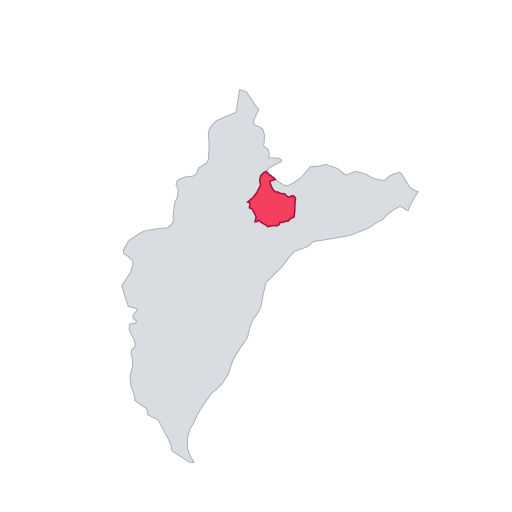 where Cimişlia sits in Moldova, rotated 243°
{"feature_id": "MDA-1633", "entity_name": "Cimişlia", "entity_type": "District", "adm_level": 1, "iso_a3": "MDA", "parent_name": "Moldova", "parent_adm1": "", "projection": "equal_earth", "projection_center": [28.851, 46.62], "detail": "fine", "context": "in_parent", "style": "filled", "palette": "rose", "viewbox_px": 512, "rotation_deg": 243, "n_neighbors": 0, "source": "natural_earth", "source_scale": "10m", "svg_char_len": 2703}
<svg xmlns="http://www.w3.org/2000/svg" viewBox="0 0 512 512"><g transform="rotate(243 256 256)"><path d="M100.4,107.0L102.4,103.1L120.7,92.6L125.4,94.4L134.9,94.8L154.3,94.4L163.9,87.5L169.8,89.4L174.6,86.3L182.6,82.4L183.8,83.2L184.8,83.9L197.1,85.6L206.4,89.4L212.6,95.1L219.0,98.7L225.6,100.1L229.2,103.0L230.0,107.3L236.1,109.5L247.8,109.4L252.7,112.3L250.9,118.1L252.1,120.1L256.3,118.1L259.4,119.8L261.1,124.1L262.9,126.2L268.9,119.4L275.2,120.1L290.3,122.9L298.5,136.9L303.5,142.0L308.0,144.0L313.6,141.8L318.5,139.2L321.4,140.4L327.5,149.8L329.0,162.0L329.0,166.9L326.8,175.2L323.7,184.0L321.3,189.8L322.3,194.4L324.5,198.3L328.2,199.6L340.0,207.4L344.4,212.9L350.8,216.9L355.7,217.1L358.3,219.4L359.2,222.2L358.5,229.2L355.8,235.8L356.2,240.0L360.5,245.0L361.0,250.8L361.3,254.5L363.6,257.4L374.5,263.8L388.7,270.1L392.3,275.4L394.5,282.1L393.9,293.5L393.0,303.4L411.6,316.8L409.5,319.3L406.6,322.0L389.0,324.0L385.4,325.1L377.7,315.1L373.6,313.8L369.9,317.5L365.4,319.6L360.1,318.5L354.4,315.4L351.5,313.2L349.1,313.0L345.6,315.2L340.8,314.2L337.7,311.7L333.2,320.3L330.5,322.1L328.8,321.8L328.4,307.3L327.1,305.1L323.5,304.8L314.9,308.2L306.8,312.7L304.0,316.6L304.3,323.8L305.5,332.3L311.1,345.3L308.0,350.9L305.8,359.9L297.0,368.2L287.1,373.0L286.2,382.9L280.7,389.6L271.2,396.4L264.9,404.5L266.4,410.1L266.8,415.4L265.7,419.0L265.5,421.7L263.0,423.0L248.5,424.0L244.4,425.7L239.7,429.6L235.2,422.2L230.7,415.7L227.4,412.3L228.8,410.7L232.4,408.9L235.0,406.7L234.7,399.0L232.9,390.2L231.1,385.9L231.0,379.3L229.8,368.9L231.6,349.6L238.9,325.5L242.9,313.5L241.0,307.0L242.6,291.7L239.5,284.1L234.7,274.3L227.8,252.9L219.2,245.5L208.5,237.3L204.0,231.1L200.9,224.4L194.6,217.6L187.4,211.5L178.8,196.0L174.3,189.1L172.9,187.2L163.1,177.3L157.9,168.4L155.4,161.1L153.9,154.4L147.1,141.0L140.8,131.0L134.9,123.9L132.2,118.9L125.2,112.5L115.3,107.5L108.8,106.6L100.4,107.0Z" fill="#d9dde1" stroke="#a8b0b8" stroke-width="1"/><path d="M326.8,303.5L325.0,303.5L317.2,307.5L315.5,308.0L315.8,305.6L316.2,302.6L314.6,301.5L308.2,301.2L306.2,301.6L304.3,302.6L303.1,304.5L300.1,306.8L299.2,308.7L297.9,310.1L296.0,310.4L293.4,311.9L293.4,315.1L292.4,317.0L289.3,317.4L285.6,314.8L277.4,310.3L273.5,307.6L273.7,304.2L272.9,301.4L272.4,300.1L273.6,298.5L273.6,296.7L273.8,295.1L274.5,293.9L275.0,292.6L273.5,291.0L273.3,288.5L275.4,284.9L276.7,279.8L279.2,278.8L281.5,277.2L283.9,275.7L286.6,275.0L286.1,272.8L286.9,270.7L290.8,273.9L294.9,274.0L297.0,273.8L299.1,274.1L300.7,272.9L302.1,272.0L305.1,274.3L305.6,274.6L306.2,274.6L307.9,273.0L309.5,280.0L312.2,285.5L316.9,292.1L321.6,293.6L325.4,296.6L326.8,300.5L326.8,303.5L326.8,303.5Z" fill="#f43f5e" stroke="#9f1239" stroke-width="1.5"/></g></svg>